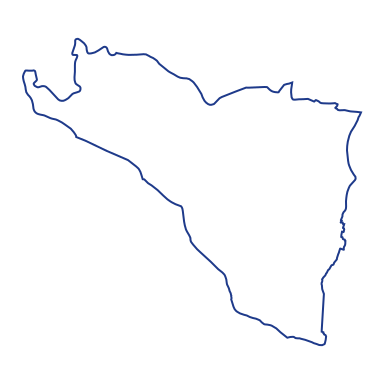 the district of Pho Si Suwan, Si Sa Ket, Thailand
{"feature_id": "78962969B41493060584817", "entity_name": "Pho Si Suwan", "entity_type": "district", "adm_level": 2, "iso_a3": "THA", "parent_name": "Thailand", "parent_adm1": "Si Sa Ket", "projection": "albers", "projection_center": [104.076, 15.228], "detail": "fine", "context": "isolated", "style": "outline", "palette": "blue", "viewbox_px": 384, "rotation_deg": 0, "n_neighbors": 0, "source": "geoboundaries", "source_scale": "gbopen_adm2", "svg_char_len": 5741}
<svg xmlns="http://www.w3.org/2000/svg" viewBox="0 0 384 384"><path d="M116.3,52.9L115.7,53.8L114.9,54.5L114.1,54.9L113.1,55.1L111.5,55.1L110.4,54.6L109.3,53.7L108.0,51.4L107.1,48.5L106.6,47.7L106.2,47.3L105.4,46.9L104.6,46.8L103.6,47.0L98.5,50.4L94.9,52.4L93.1,52.9L91.0,53.4L89.3,53.5L88.9,53.5L88.1,53.2L87.8,52.9L87.3,52.1L86.8,50.3L86.6,48.8L86.5,47.2L85.8,45.6L84.1,43.3L81.7,41.3L79.8,39.8L78.1,38.9L77.1,38.9L76.1,39.2L75.6,39.6L75.2,40.5L75.2,43.4L75.0,44.7L74.9,45.3L72.3,53.0L72.3,53.9L72.5,54.5L73.0,54.9L76.5,55.0L77.1,55.2L77.3,55.7L77.3,56.2L76.7,58.1L75.7,60.2L75.2,61.8L75.0,63.3L74.9,65.3L74.9,71.7L74.5,77.2L74.6,80.1L75.1,82.0L75.4,83.0L75.9,83.8L77.2,84.8L79.8,86.5L80.4,87.5L80.5,88.6L80.4,89.7L80.1,90.5L79.8,91.0L79.2,91.5L77.3,92.2L73.7,93.3L72.4,94.0L68.4,98.1L66.4,99.4L64.7,100.3L63.2,100.8L61.4,100.8L59.7,100.4L58.1,99.3L49.5,90.0L46.1,86.9L44.8,86.3L43.5,86.1L42.1,86.1L38.7,87.2L37.8,87.3L36.7,86.9L34.7,85.8L34.0,84.7L33.7,83.9L33.8,83.4L34.2,82.8L36.4,80.7L36.8,80.1L36.9,79.5L36.7,78.5L35.8,74.7L35.3,72.0L35.0,71.1L34.5,70.7L33.7,70.4L32.0,70.7L29.3,70.7L26.7,70.5L26.0,70.5L25.5,70.6L25.2,70.9L23.8,73.6L23.0,76.3L23.1,77.9L23.3,79.2L23.8,81.4L24.7,84.2L25.4,86.9L25.7,89.3L26.3,92.2L27.9,94.7L29.5,96.4L30.7,98.0L31.9,100.3L32.9,104.1L33.5,108.7L33.9,109.9L34.6,111.4L35.5,112.4L36.6,113.3L38.1,114.0L40.3,114.6L43.4,115.2L44.5,115.5L50.3,118.1L52.2,118.7L55.9,119.5L57.8,120.3L61.8,122.4L64.9,124.5L70.8,128.7L73.8,132.2L75.1,134.1L75.8,135.2L76.0,135.6L76.1,136.0L76.2,137.0L85.4,140.7L106.7,150.9L128.0,160.1L136.1,166.4L138.3,168.4L139.0,169.3L140.4,171.9L141.5,175.2L142.7,179.2L144.3,179.4L144.4,179.5L148.1,183.2L151.6,185.4L157.6,190.1L163.3,195.6L167.4,199.3L170.2,201.3L171.8,202.3L175.5,204.2L181.1,206.3L181.9,207.5L182.4,208.8L182.8,211.0L184.1,221.6L184.8,225.3L185.7,228.5L185.9,229.3L186.9,231.4L189.2,235.3L190.2,237.4L190.4,238.1L190.5,240.0L190.9,241.5L191.3,242.2L193.2,244.7L197.1,249.2L200.2,252.1L210.8,261.8L218.1,269.1L222.4,272.5L224.3,274.5L224.9,275.5L225.6,277.3L226.3,279.5L226.8,283.3L227.1,284.6L227.9,286.2L228.9,288.4L229.0,288.9L229.2,289.3L229.4,290.4L229.8,291.5L230.4,292.6L230.8,293.7L231.0,295.0L231.3,295.5L231.2,296.3L231.3,296.9L231.4,297.2L231.5,297.9L231.5,298.4L231.2,299.3L232.7,304.1L233.5,306.7L234.6,309.1L236.0,310.8L237.1,311.7L240.0,313.4L244.1,314.8L246.8,315.5L249.8,317.0L252.9,318.0L256.0,318.7L258.2,319.6L259.8,320.3L261.8,322.4L264.0,324.1L264.9,324.4L267.3,324.6L270.0,325.1L271.6,325.6L276.3,328.4L280.5,332.3L287.3,337.7L290.2,337.0L293.1,336.8L294.1,337.1L295.4,338.0L295.6,338.1L297.5,338.3L299.5,338.3L301.1,338.8L305.1,339.8L311.9,342.2L313.9,343.2L316.6,344.0L319.2,345.0L320.6,345.1L322.3,345.1L323.6,344.5L324.5,344.1L324.9,343.2L325.3,341.5L325.7,339.8L326.1,336.4L325.6,335.3L325.5,335.1L324.1,334.4L323.9,333.8L323.9,333.6L323.4,333.3L323.3,333.2L323.4,332.3L323.2,332.2L321.7,331.7L321.7,330.6L323.9,293.9L322.5,290.0L322.2,289.0L322.1,287.8L321.9,285.2L321.6,284.4L321.6,283.0L322.0,282.1L322.3,280.9L322.3,279.9L322.1,279.3L322.2,279.2L322.8,278.4L323.2,277.6L323.5,277.3L325.1,275.6L325.6,274.8L326.1,273.5L326.8,272.8L327.3,271.7L328.0,270.3L328.5,269.7L329.2,269.3L331.3,265.6L331.7,265.2L332.8,264.9L333.5,264.5L333.6,264.2L334.2,262.6L336.8,259.4L337.0,258.0L337.3,257.0L337.7,255.8L338.2,254.2L338.7,253.1L339.0,252.2L339.5,250.5L340.1,248.7L340.4,248.6L343.5,249.7L343.8,249.6L343.8,249.4L343.7,248.3L344.0,246.9L344.8,245.6L345.1,244.8L345.3,243.5L345.3,242.6L345.4,241.1L345.4,240.9L344.9,240.7L344.8,239.7L344.7,239.6L344.1,239.5L343.0,239.1L342.8,238.6L342.5,237.3L342.4,237.2L341.4,237.1L341.2,236.9L341.4,235.9L341.3,235.3L341.7,233.3L342.0,231.7L343.3,231.9L343.5,232.0L343.7,231.8L343.9,231.0L343.9,230.4L344.2,229.6L344.0,228.5L343.8,228.4L343.1,228.1L343.0,227.8L343.2,227.4L343.4,226.4L343.8,225.6L344.2,224.1L343.4,224.1L343.1,224.1L343.0,223.9L342.8,222.9L342.7,222.7L342.2,222.8L341.5,222.4L341.0,222.5L340.8,222.5L340.7,222.3L340.8,222.1L341.2,221.9L341.4,221.7L341.5,221.3L341.7,220.9L341.8,220.7L341.7,220.6L341.0,220.4L340.9,220.1L342.4,216.5L342.5,214.9L342.5,214.5L342.8,213.8L343.4,212.5L343.8,211.9L344.7,211.0L345.4,210.0L345.9,208.7L346.0,207.8L346.1,206.6L346.0,201.2L346.3,198.0L346.7,195.0L347.4,191.7L348.9,187.7L349.9,185.7L351.5,183.9L354.4,180.7L355.1,179.9L355.4,179.3L355.6,178.6L355.5,177.6L355.4,176.7L353.8,174.6L351.0,170.0L349.2,165.6L348.6,163.7L348.1,160.8L347.0,150.4L347.2,146.0L347.8,141.6L349.3,135.8L351.0,131.7L354.7,125.9L357.6,120.2L358.6,117.1L359.5,115.8L360.4,113.8L361.0,112.4L357.1,111.9L350.6,111.4L349.5,111.2L344.7,110.1L339.7,110.3L338.1,110.0L337.6,109.6L337.2,109.0L335.6,108.2L335.4,107.9L335.5,107.8L335.6,107.6L337.2,105.8L337.6,104.3L337.3,104.1L336.1,103.7L335.0,103.1L333.3,103.3L329.7,103.5L323.5,103.3L321.2,103.1L320.1,102.6L319.0,101.6L318.4,101.2L316.0,100.1L315.8,100.1L315.6,100.2L314.3,101.5L314.0,101.5L308.7,99.2L307.9,98.9L303.1,99.2L298.8,99.3L294.8,99.7L294.0,99.7L292.9,99.4L292.3,98.7L291.6,97.2L291.1,92.4L291.2,89.3L292.0,84.1L292.2,82.5L289.1,83.6L286.9,84.0L285.3,84.5L284.3,84.8L284.0,85.0L279.4,90.9L278.8,91.9L278.6,92.2L278.2,92.3L277.1,92.3L275.0,92.1L273.2,91.7L271.5,91.0L269.7,89.7L267.5,87.5L267.0,87.1L264.5,87.0L248.2,87.7L246.1,87.6L236.0,91.4L221.8,97.0L219.6,98.2L214.5,103.5L213.8,104.1L211.3,104.8L209.9,104.8L208.1,104.1L206.1,102.6L204.5,100.8L202.6,97.3L201.4,94.0L197.1,87.0L193.7,82.5L192.4,81.3L189.3,79.1L186.3,78.3L184.9,78.3L183.1,78.2L180.1,77.7L177.6,76.6L173.8,74.3L170.4,72.5L168.4,71.3L159.2,63.8L156.9,60.7L155.3,59.5L153.1,58.0L150.4,56.8L149.3,56.1L146.0,54.4L143.5,54.2L136.9,54.7L128.9,54.9L126.2,54.7L122.9,54.3L120.6,53.8L117.8,53.3L116.3,52.9Z" fill="none" stroke="#1e3a8a" stroke-width="2"/></svg>